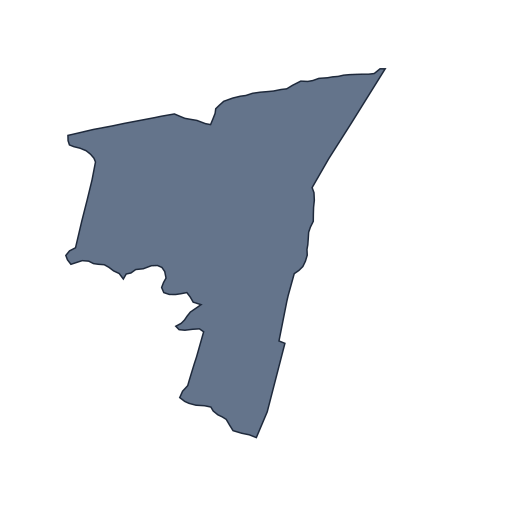 outline of Itajuípe, Bahia, Brazil, rotated 72°
{"feature_id": "56859067B68754301032545", "entity_name": "Itajuípe", "entity_type": "district", "adm_level": 2, "iso_a3": "BRA", "parent_name": "Brazil", "parent_adm1": "Bahia", "projection": "robinson", "projection_center": [-39.441, -14.658], "detail": "fine", "context": "isolated", "style": "filled", "palette": "slate", "viewbox_px": 512, "rotation_deg": 72, "n_neighbors": 0, "source": "geoboundaries", "source_scale": "gbopen_adm2", "svg_char_len": 1878}
<svg xmlns="http://www.w3.org/2000/svg" viewBox="0 0 512 512"><g transform="rotate(72 256 256)"><path d="M361.9,367.6L367.1,372.3L372.3,368.7L375.4,365.3L379.3,359.3L382.5,351.2L385.7,345.6L390.2,344.6L395.2,341.4L398.6,337.8L402.2,334.8L408.6,333.4L415.0,331.8L420.2,324.3L424.0,317.6L428.8,311.8L407.7,293.5L348.0,255.5L343.9,260.4L308.3,240.5L303.5,237.6L284.6,225.1L283.0,219.7L280.5,214.7L276.2,210.6L271.0,207.0L265.5,205.5L261.4,203.3L255.8,201.0L249.7,198.6L245.3,195.3L240.7,190.8L233.9,188.5L227.5,186.2L221.0,183.3L213.7,181.3L208.3,181.5L185.8,156.6L159.2,124.4L117.9,75.3L116.3,80.2L119.0,87.2L117.9,92.7L116.1,98.2L114.2,104.7L112.4,111.1L111.1,116.8L110.6,122.3L109.3,127.8L108.6,132.9L106.5,141.3L106.7,147.7L106.0,152.8L103.5,159.4L104.9,168.3L106.5,175.2L105.4,180.7L104.5,188.5L103.1,194.7L101.5,201.5L100.2,209.0L100.2,216.1L99.2,221.5L98.6,229.3L98.9,238.9L101.3,244.3L103.5,248.8L107.7,250.8L112.2,254.5L117.0,258.6L114.5,263.2L108.8,270.3L105.4,276.8L103.1,281.1L99.9,284.9L95.7,289.7L93.8,303.0L93.1,309.6L89.2,340.1L87.9,352.4L85.4,371.6L83.2,397.6L88.3,399.1L92.7,399.1L95.7,395.5L99.0,390.2L103.4,385.0L108.1,381.9L112.9,379.9L117.0,379.6L133.1,388.5L150.6,399.3L168.8,410.8L192.4,425.1L193.5,431.8L196.7,436.7L201.3,436.5L206.7,434.6L206.7,429.4L206.7,422.7L209.2,416.7L213.0,412.9L215.2,408.4L217.4,403.0L221.3,399.4L226.2,396.0L230.4,391.5L236.9,389.3L233.0,385.0L233.5,380.2L231.7,374.6L233.3,367.1L232.9,358.5L234.6,352.6L237.8,349.0L242.6,347.6L249.2,348.4L252.6,352.1L256.8,355.5L262.3,355.0L265.8,350.3L267.8,344.3L268.7,338.8L269.4,333.1L274.4,331.3L280.5,330.0L285.3,323.3L287.5,330.6L289.0,335.7L291.9,340.1L294.8,343.8L296.9,347.9L298.0,354.0L302.3,351.9L304.6,346.6L306.1,338.9L307.8,332.3L311.9,329.2L333.7,343.8L339.3,347.9L348.0,354.0L353.9,358.1L358.2,361.0L361.9,367.6Z" fill="#64748b" stroke="#1e293b" stroke-width="1.5"/></g></svg>